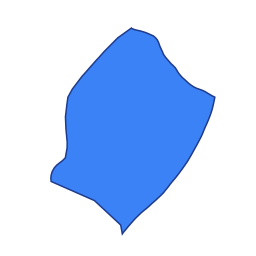 Ataq, Shabwah, Yemen, rotated 215°
{"feature_id": "15242507B5283160302008", "entity_name": "Ataq", "entity_type": "district", "adm_level": 2, "iso_a3": "YEM", "parent_name": "Yemen", "parent_adm1": "Shabwah", "projection": "equal_earth", "projection_center": [46.809, 14.569], "detail": "fine", "context": "isolated", "style": "filled", "palette": "blue", "viewbox_px": 256, "rotation_deg": 215, "n_neighbors": 0, "source": "geoboundaries", "source_scale": "gbopen_adm2", "svg_char_len": 1436}
<svg xmlns="http://www.w3.org/2000/svg" viewBox="0 0 256 256"><g transform="rotate(215 128 128)"><path d="M182.6,211.6L188.1,196.0L191.4,176.8L192.4,168.1L192.8,165.7L195.1,145.4L195.3,143.9L195.9,127.9L194.9,118.8L191.8,112.7L185.6,101.2L178.1,91.4L169.6,81.4L166.4,76.6L162.2,67.6L162.9,63.9L164.0,60.4L165.1,56.7L165.5,53.0L165.1,48.9L164.0,45.5L162.4,42.6L160.3,40.1L113.9,49.3L80.7,44.7L78.3,44.3L71.9,38.0L71.9,39.9L71.6,43.5L71.3,47.5L70.9,51.2L70.5,54.8L70.1,58.0L70.0,58.6L69.3,62.2L68.6,65.9L67.7,69.4L66.7,72.8L65.8,76.4L65.1,79.9L64.1,83.8L63.3,87.4L62.6,90.9L61.8,95.1L61.6,98.7L61.3,102.6L61.2,106.5L60.9,110.5L60.5,114.6L60.3,118.4L60.2,122.2L60.1,126.3L60.1,130.3L60.1,134.4L60.4,138.4L60.7,142.1L61.1,145.8L61.5,149.6L61.9,153.7L62.4,157.6L62.9,161.5L63.5,165.2L64.4,169.1L65.2,172.7L65.9,176.6L66.7,180.4L67.6,184.2L68.6,187.9L69.7,191.4L71.1,195.0L72.5,198.4L74.0,201.9L74.6,203.1L77.5,202.6L80.3,202.4L83.0,202.2L86.0,202.0L88.8,201.5L91.7,200.7L94.5,199.9L97.5,199.4L100.7,199.3L103.8,199.4L106.7,199.8L109.6,200.2L112.5,200.5L115.4,201.2L118.2,202.0L120.9,203.2L123.6,204.4L126.6,205.0L129.6,205.4L132.4,206.1L135.3,206.8L138.2,207.6L141.0,208.6L143.7,210.3L146.4,211.9L149.0,213.4L151.7,215.4L154.3,216.9L157.1,217.7L159.9,218.0L162.7,217.5L165.6,216.9L168.3,216.3L171.1,215.4L173.8,214.5L176.6,213.3L179.3,212.3L182.1,211.7L182.5,211.5L182.6,211.6Z" fill="#3b82f6" stroke="#1e3a8a" stroke-width="1.5"/></g></svg>